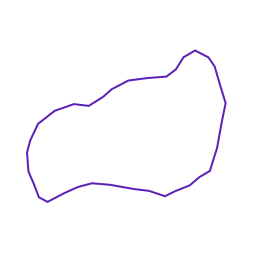 Orust, Västra Götaland, Sweden (orthographic projection), rotated 15°
{"feature_id": "70781695B44388212160911", "entity_name": "Orust", "entity_type": "district", "adm_level": 2, "iso_a3": "SWE", "parent_name": "Sweden", "parent_adm1": "Västra Götaland", "projection": "orthographic", "projection_center": [11.637, 58.169], "detail": "fine", "context": "isolated", "style": "outline", "palette": "violet", "viewbox_px": 256, "rotation_deg": 15, "n_neighbors": 0, "source": "geoboundaries", "source_scale": "gbopen_adm2", "svg_char_len": 571}
<svg xmlns="http://www.w3.org/2000/svg" viewBox="0 0 256 256"><g transform="rotate(15 128 128)"><path d="M172.7,35.8L163.3,45.3L159.1,59.0L151.8,68.4L133.9,74.7L116.0,82.1L102.3,94.7L96.0,104.2L84.4,116.8L69.6,118.9L52.7,130.4L40.0,147.3L36.8,165.2L36.8,177.8L43.1,195.8L51.5,206.4L59.9,218.0L69.4,220.2L83.2,207.5L94.8,198.0L107.5,190.7L125.4,187.5L149.7,185.4L164.5,183.3L181.4,184.3L189.8,176.9L202.5,167.4L209.8,156.8L218.2,148.3L219.2,124.1L217.0,97.8L215.9,78.8L205.4,62.0L195.9,46.3L187.5,39.0L172.7,35.8Z" fill="none" stroke="#5b21b6" stroke-width="2"/></g></svg>